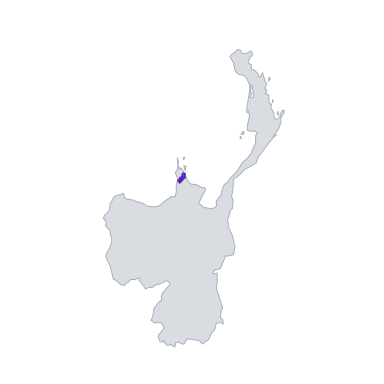 Khlung, Chanthaburi, Thailand shown in context, rotated 200°
{"feature_id": "78962969B14085180257363", "entity_name": "Khlung", "entity_type": "district", "adm_level": 2, "iso_a3": "THA", "parent_name": "Thailand", "parent_adm1": "Chanthaburi", "projection": "robinson", "projection_center": [102.327, 12.55], "detail": "fine", "context": "in_parent", "style": "filled", "palette": "violet", "viewbox_px": 384, "rotation_deg": 200, "n_neighbors": 0, "source": "geoboundaries", "source_scale": "gbopen_adm2", "svg_char_len": 6113}
<svg xmlns="http://www.w3.org/2000/svg" viewBox="0 0 384 384"><g transform="rotate(200 192 192)"><path d="M167.1,41.5L167.4,43.0L168.8,41.0L170.6,40.1L174.2,44.4L174.6,46.2L172.0,53.1L172.4,55.4L174.1,57.3L176.1,58.4L178.2,58.1L182.2,56.1L186.6,57.4L186.3,61.9L187.9,69.2L185.7,76.6L183.6,80.2L185.2,83.4L185.3,86.4L181.1,97.9L181.9,98.8L184.6,100.1L185.7,99.7L190.2,95.2L195.1,91.6L196.7,88.7L199.8,87.7L202.5,85.0L209.0,89.7L210.6,90.1L211.5,90.9L211.8,92.8L212.6,93.1L215.2,90.5L219.6,88.8L221.4,84.8L223.4,83.6L223.2,81.6L223.9,80.9L227.4,80.7L232.9,82.8L234.8,83.3L235.7,82.8L244.4,95.6L250.0,100.5L251.4,103.8L250.1,112.4L250.3,117.3L251.5,121.0L253.9,123.6L255.6,127.4L262.1,130.9L261.6,131.9L262.0,134.2L266.0,136.9L266.4,137.8L265.9,141.2L264.1,143.9L263.7,146.0L263.7,148.7L264.8,152.7L263.5,161.0L261.1,163.4L258.0,165.0L256.3,167.3L255.0,166.7L254.4,164.4L250.9,163.1L244.3,164.3L240.9,163.8L236.5,164.6L232.2,164.2L229.6,163.3L222.4,165.1L219.3,166.8L217.1,169.2L213.9,175.2L210.5,179.0L210.6,180.5L206.5,181.5L206.7,186.7L209.0,192.3L209.7,199.4L214.4,204.5L213.5,208.0L214.0,211.4L217.6,219.3L215.0,215.6L214.5,213.0L211.4,209.1L210.5,211.0L206.9,208.1L205.4,205.1L204.8,206.4L201.3,202.3L197.7,200.1L195.7,199.0L190.6,200.5L184.2,199.4L181.7,200.5L180.7,199.8L180.1,198.5L181.9,183.7L176.4,181.9L175.4,180.9L174.2,182.0L168.7,182.6L164.8,185.3L164.3,187.6L166.1,191.7L163.8,199.0L164.5,206.0L164.2,209.8L161.5,214.6L160.8,218.5L157.6,224.4L155.6,231.9L155.1,236.2L151.4,242.8L150.5,246.6L149.2,248.0L149.7,251.0L149.1,260.1L151.4,266.7L150.7,269.8L153.3,270.8L159.3,268.8L161.3,269.3L162.6,272.9L164.1,283.7L166.6,287.1L167.3,285.4L168.4,287.1L169.4,290.4L172.5,307.4L174.2,311.9L172.2,310.8L171.2,305.4L169.4,305.2L170.0,301.8L168.9,300.6L167.1,301.5L167.2,304.2L172.0,312.7L174.9,312.9L178.7,316.7L182.8,319.4L187.9,318.5L191.5,319.4L193.6,321.7L197.0,327.4L202.5,332.2L201.6,335.2L199.5,337.7L198.3,340.8L196.8,341.8L194.8,341.8L192.5,339.1L187.1,341.6L185.9,344.1L184.5,344.7L182.1,342.0L182.3,340.4L183.8,338.1L183.4,332.2L180.1,332.2L178.0,327.7L177.3,327.3L175.7,328.0L170.5,325.9L169.0,323.1L167.4,323.3L166.4,328.1L161.8,321.7L158.7,319.1L159.2,314.4L157.0,313.4L156.1,312.0L156.9,309.2L154.0,309.7L152.6,308.9L150.9,303.8L149.4,301.7L147.5,301.7L146.8,300.8L147.0,298.2L142.2,294.7L140.7,290.6L138.4,288.8L137.0,289.3L135.6,292.2L134.5,292.1L133.5,291.2L132.2,287.2L132.3,280.1L133.9,275.9L134.7,269.3L136.9,263.7L141.6,247.4L141.8,240.9L149.7,231.8L154.9,221.3L156.7,219.8L157.4,217.8L154.7,209.4L153.5,203.5L153.7,202.0L150.3,198.0L149.5,193.4L148.6,192.0L148.3,190.5L149.6,187.8L148.9,177.8L145.2,170.9L138.7,164.5L132.9,155.1L132.1,151.8L131.9,147.1L136.6,143.9L138.5,143.7L139.2,129.6L143.3,126.9L144.2,125.8L144.6,123.4L143.7,122.0L141.0,124.4L140.5,123.8L137.2,115.5L136.6,110.5L123.5,93.5L124.1,90.7L122.2,83.4L120.3,83.2L119.0,81.9L117.6,78.7L120.1,79.1L124.3,77.2L123.6,70.1L125.4,66.0L125.7,59.2L128.8,55.2L129.3,53.2L131.0,53.0L133.3,54.4L135.7,54.5L145.4,52.7L146.7,50.9L147.3,47.2L148.3,46.0L150.5,45.7L153.0,46.4L155.7,44.9L155.2,40.5L159.9,41.3L163.0,39.3L167.1,41.5ZM135.8,294.1L135.1,299.5L133.3,300.5L132.7,297.4L133.8,292.5L134.3,293.6L135.8,294.1ZM165.6,263.2L165.3,265.7L163.6,266.5L163.2,263.7L165.6,263.2ZM206.4,210.4L208.5,214.0L206.1,213.7L205.7,210.2L206.4,210.4ZM158.1,326.4L157.1,324.9L157.9,322.5L158.8,325.4L158.1,326.4ZM138.9,294.7L138.4,297.6L137.5,293.7L138.9,294.7ZM165.7,260.9L164.8,260.6L164.0,258.9L165.1,258.9L165.7,260.9ZM146.9,303.4L148.0,306.8L146.8,305.2L146.9,303.4ZM211.7,220.0L211.4,222.1L210.3,221.2L211.0,219.7L211.7,220.0ZM133.6,273.6L132.5,274.4L133.4,272.4L133.6,273.6Z" fill="#d9dde1" stroke="#a8b0b8" stroke-width="1"/><path d="M209.6,197.6L209.4,197.7L209.2,197.7L208.9,197.5L208.7,197.7L208.4,197.5L208.2,197.5L208.2,197.4L207.9,197.6L207.7,197.7L207.5,197.4L207.4,197.3L207.4,197.2L207.5,197.0L207.4,196.9L207.3,196.7L207.1,196.5L206.8,196.6L206.7,196.5L206.6,196.9L206.5,197.0L206.4,197.3L206.4,197.5L206.4,197.8L206.6,198.0L206.7,198.3L206.7,198.5L206.4,198.5L206.4,198.4L206.3,198.5L206.2,198.5L206.3,198.5L206.2,198.5L206.2,198.4L206.1,198.5L206.0,198.4L206.0,198.5L206.0,198.4L205.9,198.5L205.9,198.4L205.7,198.5L205.8,198.7L205.8,198.8L205.7,198.8L205.8,198.8L205.7,198.9L205.8,198.9L205.8,199.0L205.8,199.3L205.9,199.5L206.0,199.5L205.9,199.6L206.0,199.6L206.0,199.8L206.1,200.0L205.9,200.1L205.7,200.1L205.4,200.1L205.2,200.4L205.0,200.5L204.9,200.6L204.8,200.9L204.6,201.0L204.4,201.3L204.4,201.5L204.5,201.6L204.4,201.7L204.4,201.8L204.5,202.1L204.5,202.3L204.2,202.5L203.9,202.7L203.7,202.7L203.7,202.8L203.4,203.0L203.4,203.3L203.5,203.5L203.6,203.8L203.7,204.0L203.9,204.2L203.9,204.3L204.0,204.3L204.0,204.2L204.1,204.3L204.4,204.3L204.6,204.2L204.6,204.4L204.7,204.6L204.5,204.8L204.4,205.0L204.3,205.3L204.4,205.5L204.5,205.7L204.4,205.7L204.3,205.8L204.5,206.3L204.7,206.5L205.0,206.7L205.3,207.0L205.5,207.1L205.8,207.1L206.2,207.1L206.3,207.0L206.5,206.8L206.8,206.5L206.9,206.3L207.0,206.2L206.9,205.8L207.0,205.6L207.3,205.3L207.3,205.0L207.2,204.9L206.9,204.7L206.7,204.7L206.6,204.3L206.6,204.2L206.5,203.9L206.7,203.7L206.8,203.7L206.9,203.4L206.7,203.1L206.8,203.1L206.7,203.1L206.8,202.9L206.7,202.8L206.7,202.7L206.8,202.7L206.7,202.7L206.8,202.6L206.7,202.6L206.4,202.5L206.4,202.4L206.4,202.2L206.2,202.0L206.2,201.9L206.3,201.8L206.4,201.7L206.5,201.7L206.8,201.6L206.9,201.3L206.9,201.1L207.0,201.1L207.3,201.0L207.4,200.9L207.5,201.0L207.6,201.3L207.6,201.2L207.6,201.3L207.6,201.2L207.7,201.3L207.8,201.4L207.8,201.5L208.0,201.6L208.3,201.5L208.2,201.5L208.3,201.5L208.3,201.4L208.2,201.3L208.2,201.2L207.9,201.0L207.9,200.9L207.7,200.8L207.7,200.7L207.8,200.7L207.9,200.4L207.8,200.2L207.7,200.2L207.8,200.1L207.7,199.9L207.7,199.7L207.6,199.4L207.7,199.2L207.7,199.3L207.7,199.2L207.8,199.3L207.8,199.2L208.0,199.0L207.9,198.9L208.0,198.8L208.2,198.7L208.3,198.6L208.4,198.3L208.5,198.4L208.5,198.2L208.8,198.1L209.0,198.1L209.3,198.1L209.4,197.9L209.5,197.7L209.6,197.6ZM205.1,207.2L204.9,207.2L205.0,207.2L205.0,207.4L205.1,207.2Z" fill="#8b5cf6" stroke="#5b21b6" stroke-width="1.5"/></g></svg>